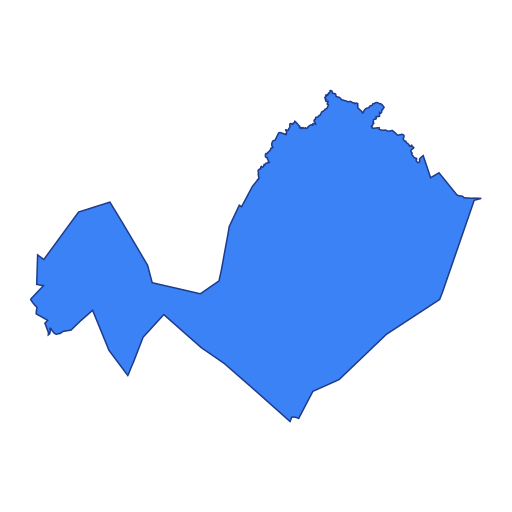 the district of San Francisco del Oro, Chihuahua, Mexico
{"feature_id": "50627088B76739028658170", "entity_name": "San Francisco del Oro", "entity_type": "district", "adm_level": 2, "iso_a3": "MEX", "parent_name": "Mexico", "parent_adm1": "Chihuahua", "projection": "orthographic", "projection_center": [-105.915, 26.89], "detail": "fine", "context": "isolated", "style": "filled", "palette": "blue", "viewbox_px": 512, "rotation_deg": 0, "n_neighbors": 0, "source": "geoboundaries", "source_scale": "gbopen_adm2", "svg_char_len": 5945}
<svg xmlns="http://www.w3.org/2000/svg" viewBox="0 0 512 512"><path d="M294.9,121.3L294.4,122.7L293.4,123.0L293.2,123.1L292.8,123.8L292.8,124.2L292.6,124.3L291.1,123.6L290.3,123.6L290.1,123.8L289.8,124.1L289.7,124.3L289.7,124.6L289.9,125.7L289.8,127.2L289.5,127.6L289.3,128.2L288.8,128.7L288.7,128.9L288.7,129.1L288.6,129.9L288.5,130.0L288.2,130.1L287.4,130.0L286.7,130.0L286.2,129.8L285.8,129.8L285.7,130.3L286.0,130.8L286.3,131.1L286.4,131.3L286.7,132.0L286.7,132.5L286.4,133.1L286.0,133.5L286.3,134.0L286.2,134.5L285.5,134.5L283.7,133.6L281.9,133.3L281.8,133.1L281.0,132.8L280.8,132.6L280.6,132.6L279.2,132.6L278.6,133.0L275.0,140.3L273.3,140.7L273.0,140.9L272.5,141.7L272.3,142.0L272.1,142.4L272.0,142.9L271.8,143.5L271.8,145.4L272.0,145.8L272.5,146.8L272.7,147.0L272.9,147.3L272.7,147.6L272.2,147.8L271.2,148.0L270.6,148.8L270.6,149.2L270.3,150.1L269.5,150.9L269.0,151.5L267.6,152.6L267.7,153.0L266.9,153.7L266.0,153.5L265.5,154.2L265.4,154.6L265.4,154.9L265.4,156.6L265.5,156.9L266.6,157.7L267.1,157.6L268.6,161.7L269.1,162.5L267.4,162.7L266.8,163.2L266.3,163.2L265.6,163.4L264.9,164.8L264.7,165.0L264.5,164.8L264.1,164.6L263.7,165.8L263.3,166.7L262.6,167.2L261.9,166.8L261.8,167.0L261.5,167.0L261.2,166.5L260.9,166.8L260.5,168.6L260.6,168.9L260.3,169.1L259.7,169.0L259.2,169.3L258.5,169.8L258.1,170.6L258.1,171.4L258.5,172.9L258.4,173.6L258.2,174.3L258.3,174.6L258.5,174.9L258.5,175.2L258.4,175.5L258.6,176.5L258.9,177.8L258.5,179.4L258.1,179.5L257.7,179.4L257.5,179.5L257.2,180.7L257.0,181.0L256.6,181.2L252.4,186.4L241.6,206.7L239.3,205.2L229.2,226.6L228.1,233.2L221.3,270.3L219.0,280.9L200.3,293.8L152.2,282.7L147.6,265.3L123.7,224.8L109.9,202.1L78.6,212.0L43.8,259.5L37.6,254.9L36.7,284.4L43.4,285.7L31.0,298.8L30.7,299.7L31.9,301.5L33.5,303.6L35.1,305.5L36.5,306.8L36.9,307.7L36.3,311.4L36.2,313.9L47.7,320.3L44.9,323.2L48.0,331.5L48.4,332.0L48.3,334.9L49.6,333.9L50.1,332.3L50.3,330.3L50.0,328.9L50.0,328.3L51.0,328.5L51.3,329.4L53.8,332.8L54.9,333.6L56.3,334.3L58.3,333.8L58.8,333.4L59.8,333.7L63.2,331.4L71.0,330.1L80.4,321.0L92.6,310.3L109.0,350.4L127.8,375.5L128.5,374.1L131.2,367.3L133.6,361.8L143.1,337.2L163.8,314.6L201.2,347.6L224.3,363.5L257.2,392.3L290.0,421.5L291.9,417.0L294.9,417.2L296.1,417.4L297.3,417.9L298.7,418.4L312.9,391.3L339.2,379.5L386.4,334.3L439.6,299.5L442.2,293.0L474.2,200.3L481.3,198.4L475.0,198.1L470.8,198.3L469.0,198.0L467.9,198.0L465.8,197.9L464.6,197.7L463.9,197.7L462.8,196.5L462.1,196.1L459.7,195.8L459.2,195.9L456.9,194.9L439.0,172.8L430.6,177.7L426.7,166.0L423.2,155.6L421.5,157.0L420.3,158.1L419.6,159.0L419.5,159.4L419.5,159.8L419.7,161.3L419.6,161.6L419.4,161.9L418.8,162.5L418.0,162.6L417.3,162.1L416.8,161.6L416.6,161.3L416.2,160.5L416.2,160.1L416.3,159.6L416.7,159.1L416.5,158.5L416.3,158.3L416.1,158.2L414.5,157.8L414.1,157.6L413.1,156.1L412.2,155.1L411.8,154.6L411.7,154.3L411.7,154.0L412.0,153.6L412.1,153.2L412.0,152.9L411.3,152.1L410.9,151.2L410.9,150.8L411.1,150.4L411.8,149.5L412.7,148.7L413.5,148.3L413.8,147.7L413.7,147.6L413.4,147.2L413.0,147.0L412.5,146.4L412.2,146.3L412.0,146.1L411.7,145.2L411.3,145.3L411.0,145.9L410.7,146.3L410.2,146.4L409.9,146.2L409.6,146.0L409.0,144.9L408.2,144.1L408.1,143.8L407.8,143.5L407.2,143.2L406.6,142.8L406.3,142.5L406.0,141.5L405.8,141.2L404.5,141.0L404.3,140.9L403.8,140.0L403.3,138.8L403.2,138.4L403.3,138.2L403.8,137.6L404.1,135.8L403.9,135.4L403.1,134.7L402.7,134.5L401.7,134.3L401.2,134.5L398.4,135.1L397.9,135.1L397.3,134.9L396.7,134.5L396.3,134.0L395.6,133.2L392.2,130.4L390.4,130.9L387.9,131.2L385.7,130.1L385.3,130.0L383.6,130.3L382.2,130.2L381.0,130.0L379.4,129.4L379.1,127.7L372.7,128.3L372.2,127.7L372.0,126.9L371.4,126.5L371.4,126.2L372.4,125.8L372.9,124.2L373.5,123.7L373.8,123.2L373.6,122.8L373.2,122.5L373.1,122.2L373.4,121.2L373.6,119.6L375.1,119.0L375.7,119.2L376.3,118.4L376.0,117.4L376.2,116.6L376.7,116.5L377.3,116.7L377.8,116.5L379.0,116.6L379.5,116.3L379.6,115.0L379.5,112.6L380.2,113.3L381.0,113.1L381.6,112.4L381.8,110.9L381.8,109.9L382.7,109.7L383.2,108.4L383.8,107.9L384.1,107.3L382.3,104.9L380.7,103.7L379.2,103.6L377.8,102.7L376.2,102.5L375.0,103.0L374.1,103.7L373.3,103.6L372.8,103.8L372.7,104.6L371.8,105.5L370.9,105.6L370.2,105.8L369.0,107.3L368.2,107.9L366.1,108.4L365.1,109.3L364.3,110.2L363.8,111.2L363.4,112.4L363.0,112.9L362.4,112.9L362.2,112.3L361.8,111.4L360.5,110.4L357.6,107.5L357.7,106.4L358.0,105.3L357.5,104.4L357.7,103.6L356.2,103.0L355.0,103.7L354.1,102.8L353.4,102.9L351.9,102.3L351.5,101.9L350.2,101.4L349.4,101.5L348.8,101.7L347.8,101.8L346.5,101.0L345.4,100.8L342.9,100.0L341.7,99.9L340.6,98.5L339.4,97.4L336.3,96.6L335.9,95.9L335.9,94.7L335.3,93.8L334.4,93.9L333.9,93.3L332.5,93.4L332.4,92.5L332.0,91.6L331.9,91.0L330.4,90.5L330.1,90.6L330.2,91.1L330.2,91.7L329.8,92.1L329.5,92.6L328.8,92.9L328.7,93.0L328.9,93.8L328.1,93.9L327.7,94.5L327.6,95.3L327.0,95.3L326.8,95.3L326.6,94.9L326.3,94.8L326.2,94.9L325.7,95.2L325.9,95.6L326.0,95.9L326.2,96.1L326.2,96.4L325.5,96.7L325.0,97.3L324.8,97.7L324.9,98.0L325.5,98.7L326.0,99.2L325.5,99.5L325.4,99.9L325.8,100.8L325.9,101.3L326.4,101.5L327.8,101.2L328.1,101.5L327.8,102.5L327.2,103.8L327.2,104.1L327.4,104.2L328.0,104.4L328.3,104.6L328.2,105.4L327.8,106.4L327.1,108.1L326.6,108.6L325.1,109.2L324.4,110.2L323.1,111.3L321.9,111.7L321.7,112.1L319.9,115.4L319.0,115.5L318.3,116.4L317.7,117.1L317.2,117.3L316.2,117.2L315.9,117.2L315.7,117.4L315.4,119.4L314.5,119.6L314.0,120.8L314.2,121.4L314.7,121.7L315.2,122.6L315.5,124.1L314.4,123.4L313.9,123.4L313.3,123.6L312.9,123.8L312.7,124.3L312.9,125.0L312.5,125.3L312.2,125.3L311.9,125.1L311.5,124.8L311.3,124.8L311.0,124.8L309.4,125.7L308.0,127.0L306.7,128.5L306.4,128.5L305.3,127.8L304.8,128.0L304.2,128.4L303.6,128.1L303.1,127.6L302.8,127.6L302.3,128.0L301.9,128.6L301.5,128.5L301.3,128.3L301.3,127.7L301.0,127.5L300.7,127.6L300.4,127.9L300.1,128.0L299.6,127.8L299.5,126.9L299.7,126.2L299.2,125.9L298.8,125.7L298.1,124.6L296.4,122.7L294.9,121.3Z" fill="#3b82f6" stroke="#1e3a8a" stroke-width="1.5"/></svg>